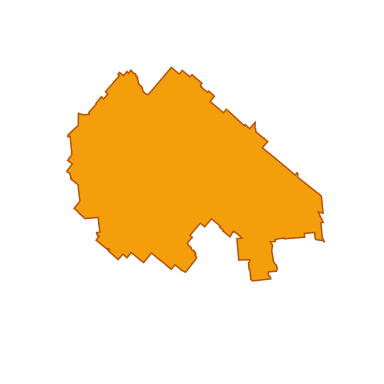 outline of Longreach, Queensland, Australia, rotated 304°
{"feature_id": "25037944B74261156915694", "entity_name": "Longreach", "entity_type": "district", "adm_level": 2, "iso_a3": "AUS", "parent_name": "Australia", "parent_adm1": "Queensland", "projection": "albers", "projection_center": [143.955, -23.876], "detail": "fine", "context": "isolated", "style": "filled", "palette": "amber", "viewbox_px": 384, "rotation_deg": 304, "n_neighbors": 0, "source": "geoboundaries", "source_scale": "gbopen_adm2", "svg_char_len": 5643}
<svg xmlns="http://www.w3.org/2000/svg" viewBox="0 0 384 384"><g transform="rotate(304 192 192)"><path d="M168.4,58.1L170.0,59.9L164.7,64.2L157.7,70.1L157.2,70.2L156.0,71.4L148.6,71.3L148.4,77.1L139.4,76.6L138.7,77.4L139.3,79.8L139.1,80.1L136.2,83.8L136.0,83.5L135.1,84.3L135.1,85.2L134.9,85.4L135.0,85.5L134.3,93.4L133.9,93.9L130.8,96.3L121.8,104.2L112.4,103.5L112.2,106.6L111.0,111.5L110.7,114.7L110.1,118.2L113.9,122.8L118.4,128.4L107.1,138.1L105.0,135.6L104.5,136.0L104.4,136.2L103.9,136.4L103.8,136.5L103.7,136.8L103.7,137.1L103.6,137.4L103.2,138.2L103.0,138.4L102.8,138.5L102.9,139.1L103.3,139.4L103.4,139.5L103.5,139.8L98.4,139.4L97.1,154.0L98.4,154.1L98.2,155.6L97.3,155.1L96.4,155.7L94.7,168.5L101.9,169.6L101.1,174.9L107.8,175.5L106.4,191.4L118.8,192.5L117.9,200.8L117.3,208.5L116.8,213.0L116.7,213.0L116.3,218.1L122.1,218.5L121.5,226.5L121.3,226.5L121.9,231.5L131.4,232.2L138.3,232.8L139.2,232.5L139.3,232.6L139.9,232.4L140.3,232.2L140.5,231.9L140.7,231.7L140.8,231.1L141.1,230.7L141.1,230.3L141.4,230.4L141.5,230.4L141.8,230.4L141.9,230.2L142.0,230.1L142.0,229.8L142.0,229.7L142.7,229.7L142.9,229.7L143.0,229.6L142.9,229.4L142.7,229.2L142.8,229.0L143.1,228.9L143.5,228.7L143.6,228.3L143.3,228.3L143.3,227.8L143.4,227.6L143.5,227.6L144.4,227.1L144.5,226.7L144.3,226.3L144.3,226.1L144.2,226.0L144.2,225.9L144.3,225.7L144.3,225.4L144.2,225.3L144.1,225.1L144.1,224.6L144.0,224.4L144.0,224.2L144.3,223.8L144.3,223.7L144.4,223.4L144.6,223.3L144.8,223.0L145.1,222.8L145.7,221.8L145.8,221.5L145.8,221.0L145.8,220.8L145.8,220.6L145.8,220.2L145.7,220.0L145.7,219.9L145.7,219.7L145.7,219.2L145.7,218.9L145.8,218.8L146.0,218.8L146.1,218.7L146.1,218.3L146.0,218.1L146.3,217.7L146.5,217.7L146.8,217.4L146.7,217.2L146.8,216.9L146.9,216.6L151.3,217.2L154.6,217.6L154.9,214.6L170.8,216.3L170.4,221.0L170.3,221.3L170.2,222.0L180.7,223.1L180.0,229.7L179.8,231.8L179.6,232.9L179.5,234.1L179.1,234.1L179.0,235.3L178.2,235.2L177.6,239.7L176.9,239.6L176.1,248.6L182.0,248.1L182.0,249.0L183.0,249.1L181.9,259.2L181.7,259.0L181.5,258.9L180.9,258.3L178.5,255.3L161.7,268.8L168.2,277.8L167.2,278.6L164.9,278.4L159.9,282.4L159.8,283.6L156.3,286.5L156.2,286.5L155.5,287.2L155.3,287.2L155.3,287.3L152.5,289.6L152.5,290.3L152.2,290.6L152.2,290.8L152.1,291.9L164.0,305.8L164.2,305.5L164.4,305.4L164.4,305.2L165.2,304.7L165.8,303.7L165.7,303.3L165.4,302.7L165.4,302.1L166.1,301.6L166.2,301.4L166.6,301.3L167.1,301.2L167.4,300.4L167.7,300.4L168.6,299.9L169.4,301.0L169.5,301.4L169.9,301.6L170.1,301.9L170.2,302.1L170.8,302.8L170.9,303.0L173.5,306.3L174.5,305.9L175.2,305.9L175.6,305.8L176.3,305.5L176.9,304.6L177.7,303.9L178.4,303.1L178.5,302.8L178.7,301.3L178.9,300.5L179.5,299.7L179.6,299.1L179.8,298.7L180.4,297.9L180.5,297.7L180.7,297.4L180.9,297.2L181.3,297.1L181.7,297.0L183.5,295.2L183.9,294.8L184.2,294.5L184.6,294.0L184.7,293.9L185.0,293.7L185.5,293.3L186.3,292.4L186.7,292.1L186.8,291.8L187.2,291.5L187.7,291.1L188.1,290.9L188.3,290.8L188.7,290.6L189.1,290.5L189.4,290.3L189.6,290.1L189.7,289.8L189.9,289.7L190.7,289.6L191.2,289.4L192.0,289.0L192.8,288.6L193.1,288.4L193.3,288.1L193.4,287.9L193.5,287.4L193.5,286.4L193.6,286.0L194.0,285.4L194.4,284.8L197.5,288.7L199.0,287.5L199.4,288.0L199.6,288.1L200.2,288.8L200.9,289.1L205.4,294.2L204.8,294.8L206.6,296.9L206.7,297.1L210.1,301.2L210.1,301.4L217.6,310.7L220.5,308.3L227.0,316.3L222.2,320.2L222.2,320.6L221.9,320.8L221.8,321.2L222.7,323.2L222.7,323.3L223.1,324.0L225.0,327.7L224.5,329.6L224.4,330.2L227.0,325.6L238.6,316.0L240.2,317.9L245.9,307.9L247.7,312.5L261.0,301.5L263.4,270.9L266.4,269.6L266.6,268.3L263.7,268.0L264.4,261.8L265.3,254.0L265.2,254.0L267.3,234.1L267.2,234.1L267.7,228.5L268.0,225.6L275.3,226.4L275.3,226.6L276.1,226.7L276.6,221.9L277.0,221.7L276.6,220.9L277.4,213.0L277.5,212.4L277.5,211.4L279.1,210.2L279.5,209.7L279.7,209.3L280.0,208.7L280.3,208.4L280.5,208.3L280.7,208.1L281.1,207.8L281.4,207.6L281.5,207.6L281.9,207.1L282.3,207.1L282.9,206.7L283.4,206.3L284.3,206.2L284.5,206.0L284.6,205.6L284.9,205.4L276.8,204.5L277.2,201.3L277.7,198.4L276.2,198.3L277.4,189.9L277.5,189.7L277.8,187.7L278.7,182.3L279.8,174.3L275.2,173.7L276.1,166.5L277.1,156.5L283.9,157.0L284.2,154.6L284.3,154.6L285.0,149.4L283.2,149.2L283.4,148.4L284.1,140.9L284.6,141.0L284.7,140.9L284.8,139.9L285.4,139.2L287.7,139.5L288.4,133.6L288.9,129.0L289.3,126.4L286.3,126.0L287.0,118.9L287.4,116.0L282.6,115.4L283.8,105.2L265.1,103.2L252.9,101.8L248.4,101.2L248.2,100.8L247.9,100.5L247.8,100.3L247.7,100.1L247.8,99.8L247.5,99.7L247.5,99.4L247.6,98.8L247.5,98.5L247.5,98.2L247.7,97.8L247.8,97.5L247.7,97.2L247.7,96.5L248.0,96.3L248.0,96.1L248.2,95.7L248.2,95.4L248.4,95.1L249.0,93.9L249.4,93.6L249.6,93.6L249.9,93.4L250.2,92.7L250.4,92.4L250.7,92.3L250.8,92.1L251.0,91.5L251.3,91.1L251.2,90.9L251.3,90.7L251.3,90.2L251.2,90.0L251.4,89.8L251.4,89.6L251.4,89.3L251.2,88.9L251.6,88.2L252.1,87.4L252.0,87.1L252.2,86.8L252.7,86.2L253.0,86.1L253.3,85.6L253.8,85.3L254.4,84.7L254.5,84.5L254.9,84.0L255.0,83.6L255.1,83.4L255.4,83.3L255.6,83.4L256.2,83.2L256.5,82.7L256.8,82.5L256.7,82.4L256.9,82.1L256.8,81.8L256.9,81.6L257.0,81.4L256.9,81.2L256.9,80.7L257.0,80.5L257.1,80.4L257.3,80.5L257.5,80.3L257.7,80.0L258.0,79.5L257.9,79.2L257.9,78.9L258.3,78.5L258.2,78.3L258.1,78.0L257.9,77.7L257.9,76.3L258.2,75.3L258.3,74.9L258.5,74.7L258.8,74.1L258.9,73.8L258.8,73.6L258.6,73.2L254.8,72.9L255.5,70.7L250.3,70.2L250.6,65.0L248.1,64.8L247.9,66.7L236.3,65.4L226.6,64.2L226.3,67.4L220.0,66.7L219.6,66.6L220.4,63.6L211.8,62.8L211.0,63.4L205.2,62.7L204.3,62.5L200.3,62.0L198.6,63.4L198.6,62.9L195.3,58.9L193.7,53.8L183.4,60.6L181.4,59.8L169.9,57.3L169.9,58.0L168.4,58.1Z" fill="#f59e0b" stroke="#b45309" stroke-width="1.5"/></g></svg>